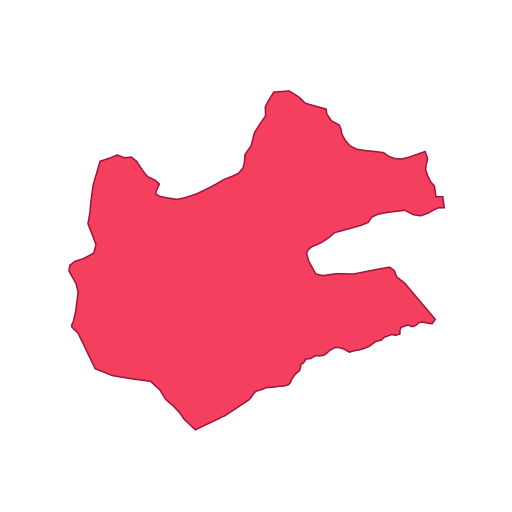 the district of Telupid, Sabah, Malaysia, rotated 77°
{"feature_id": "92858781B69032818816249", "entity_name": "Telupid", "entity_type": "district", "adm_level": 2, "iso_a3": "MYS", "parent_name": "Malaysia", "parent_adm1": "Sabah", "projection": "equal_earth", "projection_center": [117.165, 5.794], "detail": "fine", "context": "isolated", "style": "filled", "palette": "rose", "viewbox_px": 512, "rotation_deg": 77, "n_neighbors": 0, "source": "geoboundaries", "source_scale": "gbopen_adm2", "svg_char_len": 2418}
<svg xmlns="http://www.w3.org/2000/svg" viewBox="0 0 512 512"><g transform="rotate(77 256 256)"><path d="M128.6,386.6L150.2,398.7L166.5,404.9L176.0,407.9L186.7,412.5L200.4,410.5L209.1,409.4L216.7,413.5L219.8,425.3L220.5,433.9L223.2,439.5L228.5,441.6L242.6,437.5L251.3,437.5L269.2,444.1L278.7,448.7L282.1,451.3L284.0,451.3L291.3,446.7L329.7,438.0L340.3,422.7L348.3,403.3L354.4,387.0L364.7,379.9L375.3,376.3L383.7,370.2L391.7,365.6L399.3,362.5L411.7,354.2L405.9,328.2L405.3,326.5L404.8,322.8L394.5,295.0L392.4,292.3L389.9,289.6L388.6,288.1L387.8,285.8L387.5,283.1L387.2,279.2L386.6,275.8L387.4,270.6L387.7,267.9L388.1,263.9L388.1,262.0L388.9,259.5L388.9,257.2L388.8,253.5L387.5,251.4L385.8,250.1L383.5,248.3L381.3,245.8L379.7,243.7L377.4,239.3L374.4,237.6L373.8,237.4L371.9,236.8L371.0,234.1L369.5,232.2L367.7,230.9L368.2,225.3L366.8,221.8L366.8,219.3L367.7,216.5L368.0,212.8L367.1,209.9L365.7,207.4L364.6,205.5L363.1,200.5L363.5,196.9L365.4,192.8L367.3,190.3L370.7,186.7L370.4,182.1L370.7,176.5L370.4,171.4L369.6,166.4L367.7,161.8L366.2,158.7L366.2,153.1L363.9,149.0L363.1,141.4L364.7,137.8L364.3,133.2L361.2,132.7L358.2,130.7L357.8,127.1L357.4,123.1L359.7,120.5L360.1,118.5L359.3,115.4L357.4,111.9L358.2,107.8L359.7,104.7L361.6,99.6L358.0,95.6L315.4,117.5L308.1,123.6L301.1,124.6L296.9,128.5L296.2,142.2L295.5,165.1L292.8,175.5L291.3,181.7L290.1,195.4L287.0,201.6L280.9,203.5L272.8,205.8L264.8,206.1L261.6,203.8L259.5,199.3L257.7,189.5L254.3,180.4L250.9,174.2L250.7,167.3L249.7,146.5L248.5,139.0L244.1,134.4L242.7,127.2L243.1,117.8L244.9,100.8L251.2,93.3L253.9,86.5L252.9,78.7L250.5,70.2L250.2,66.9L251.4,61.7L240.2,60.7L238.8,67.3L227.8,66.4L223.2,69.1L215.6,70.8L210.0,71.3L206.4,70.0L199.8,66.9L192.2,67.7L194.2,85.0L194.2,92.5L192.2,99.1L188.6,104.4L184.0,108.4L181.4,115.4L177.4,126.9L174.8,133.5L169.8,139.7L162.9,143.2L156.0,145.0L152.0,144.6L147.1,145.4L141.2,152.1L133.6,155.1L128.6,154.7L121.4,167.9L118.1,173.7L111.2,178.1L102.6,186.5L100.3,201.9L108.5,209.9L112.8,213.4L121.7,215.2L127.6,221.8L135.5,229.8L136.2,230.2L147.4,235.9L154.7,243.9L162.9,246.5L167.2,248.8L171.5,254.5L173.1,262.0L174.1,269.5L176.7,277.9L179.0,286.3L182.0,299.5L183.3,312.4L183.0,320.3L179.7,328.7L176.4,336.2L173.1,339.7L170.1,338.4L164.2,334.0L159.6,337.1L154.3,343.7L152.0,345.0L145.1,348.1L137.2,350.8L131.6,355.2L130.6,362.3L126.3,368.5L127.6,375.5L128.6,386.6Z" fill="#f43f5e" stroke="#9f1239" stroke-width="1.5"/></g></svg>